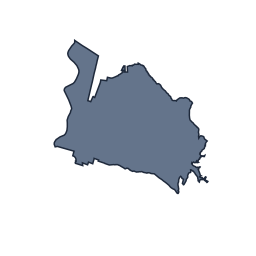 the district of Cuzdrioara, Cluj, Romania, rotated 128°
{"feature_id": "2599482B38314546177556", "entity_name": "Cuzdrioara", "entity_type": "district", "adm_level": 2, "iso_a3": "ROU", "parent_name": "Romania", "parent_adm1": "Cluj", "projection": "orthographic", "projection_center": [23.913, 47.18], "detail": "fine", "context": "isolated", "style": "filled", "palette": "slate", "viewbox_px": 256, "rotation_deg": 128, "n_neighbors": 0, "source": "geoboundaries", "source_scale": "gbopen_adm2", "svg_char_len": 5644}
<svg xmlns="http://www.w3.org/2000/svg" viewBox="0 0 256 256"><g transform="rotate(128 128 128)"><path d="M149.0,48.7L148.8,48.3L148.4,48.2L147.1,48.6L146.8,49.2L146.6,49.2L146.5,49.3L146.5,50.0L145.6,50.1L144.6,50.7L144.0,51.6L143.7,51.7L142.2,53.5L140.9,54.5L139.3,55.0L137.6,56.2L135.4,56.9L134.8,56.9L133.6,56.7L134.0,55.1L134.5,54.4L134.3,53.1L134.2,52.7L138.2,51.0L138.2,50.6L138.6,49.4L138.1,49.1L134.0,49.7L132.8,50.3L132.1,50.5L130.3,50.5L129.6,50.9L128.8,51.7L126.4,52.4L125.6,52.2L124.6,51.4L124.2,51.4L123.2,52.1L122.4,52.9L122.2,52.5L122.0,52.1L122.0,51.7L122.1,51.1L122.1,50.4L121.9,50.3L121.8,49.8L121.9,49.4L122.4,48.0L122.4,47.3L122.9,46.5L123.5,43.8L123.8,42.9L124.3,42.5L125.5,41.0L126.4,40.3L125.9,39.4L126.7,39.0L126.7,38.5L125.1,39.2L124.3,39.2L123.8,38.9L123.2,38.0L122.6,37.3L122.1,38.1L122.0,37.0L122.0,35.5L122.1,35.3L122.1,33.3L122.3,32.3L121.8,32.1L120.9,32.2L121.2,34.0L121.9,35.2L119.9,36.0L118.7,36.2L118.8,36.9L121.5,36.9L121.7,38.0L121.4,39.1L121.4,39.3L122.0,39.6L122.2,39.9L122.3,40.4L122.4,41.5L121.8,41.5L120.7,41.1L120.8,41.4L120.6,42.1L120.0,42.9L118.9,44.6L117.5,47.1L117.1,46.9L116.5,47.3L115.4,47.5L114.9,47.1L114.3,47.2L114.4,47.5L114.9,47.6L115.9,48.6L116.5,48.9L116.3,49.2L116.9,49.6L117.1,50.0L117.1,50.5L116.9,50.8L117.4,52.9L117.5,53.7L117.2,54.9L116.7,55.3L116.7,55.6L116.9,55.9L116.8,56.0L115.8,56.4L115.8,56.2L116.0,56.1L116.1,55.6L114.5,55.4L114.2,54.1L114.2,53.8L113.5,53.6L112.6,52.0L112.0,51.5L111.8,51.4L112.3,53.5L111.5,53.7L111.4,53.7L111.2,52.2L110.8,52.4L109.6,52.9L108.7,52.5L108.6,52.8L107.2,52.7L107.0,53.1L106.9,53.2L106.0,52.8L105.7,52.6L105.5,53.0L105.3,53.1L104.7,52.4L104.1,51.3L103.8,50.6L103.5,50.3L103.4,50.4L103.3,50.7L102.5,50.5L102.3,50.6L102.9,50.8L103.7,51.4L104.8,53.3L104.9,53.8L104.6,54.7L104.2,55.2L104.3,55.5L103.8,55.7L103.8,55.4L103.6,55.4L102.9,55.8L102.4,55.9L101.6,55.9L101.2,55.6L99.7,56.0L97.9,55.4L97.1,55.3L96.1,55.8L95.0,56.0L94.7,56.4L94.3,56.1L93.9,56.6L93.4,56.7L93.3,57.1L92.9,57.3L91.3,57.7L89.5,57.6L89.5,59.6L89.5,60.9L88.9,62.0L88.3,62.8L88.4,63.9L88.8,64.8L89.1,65.5L89.4,65.9L90.4,66.2L92.4,66.0L91.1,67.3L89.4,68.2L88.0,69.9L85.7,71.2L85.3,71.6L85.0,72.1L84.8,72.9L84.9,73.9L84.7,74.0L84.4,78.2L83.9,79.8L83.9,81.5L83.7,82.3L83.6,83.6L83.2,84.4L82.2,85.6L80.2,87.5L77.9,89.2L76.1,90.6L75.1,91.0L72.9,91.4L72.2,91.9L71.7,92.1L70.1,92.4L68.7,92.5L68.1,94.1L68.2,95.1L68.5,95.8L68.5,96.0L67.8,97.1L67.8,97.8L68.0,99.7L68.3,100.7L68.6,101.3L69.2,102.0L70.3,102.6L71.0,104.1L71.6,104.7L72.3,105.6L72.7,105.8L75.7,106.7L76.9,106.5L77.0,107.1L77.3,107.6L77.6,108.1L78.2,108.7L78.8,109.8L78.9,110.3L78.3,111.3L78.2,111.9L78.0,112.1L77.9,112.8L77.3,113.3L77.1,113.7L77.0,115.1L77.1,115.6L77.0,116.0L76.4,117.5L76.5,119.2L75.8,121.4L75.9,122.6L75.7,123.6L75.8,124.1L75.4,125.7L75.5,126.3L74.9,127.2L74.2,128.7L74.1,130.2L74.3,131.2L74.5,131.5L75.4,132.3L75.5,132.6L75.1,134.0L74.7,134.8L74.6,135.1L74.7,136.1L74.3,137.0L74.4,137.5L74.2,137.7L74.1,137.9L74.4,138.3L73.9,138.9L73.6,139.8L73.6,140.9L73.8,141.4L73.5,142.0L73.6,142.4L73.3,142.9L73.5,143.4L73.5,143.6L73.2,144.1L72.8,144.6L72.9,145.3L72.5,145.6L72.2,146.6L72.0,147.0L71.9,147.2L72.1,147.5L71.8,147.9L71.6,148.1L71.7,148.6L71.6,149.1L70.4,150.5L70.3,150.9L70.1,152.2L69.8,152.8L69.7,153.2L69.4,154.0L69.5,154.3L69.8,154.6L69.6,155.1L69.9,155.5L70.2,156.4L70.4,156.9L70.3,157.8L70.6,159.9L71.3,159.5L71.1,159.2L71.3,159.1L71.4,159.4L71.6,159.4L72.6,160.5L73.7,162.2L74.3,162.2L75.3,162.5L75.8,163.2L76.1,163.0L76.3,162.9L76.7,163.6L77.1,164.0L77.8,165.1L79.3,165.9L80.0,166.4L84.2,162.8L85.7,164.7L81.0,168.6L81.6,169.5L82.9,169.1L83.0,169.4L86.6,168.6L86.4,168.3L84.5,166.0L85.8,165.0L87.3,167.0L88.1,166.6L90.8,167.5L92.0,168.1L93.1,168.0L93.3,168.3L93.5,168.5L95.7,169.6L98.1,171.0L99.1,172.0L100.7,175.4L103.8,173.9L103.9,174.0L106.9,179.0L109.2,177.8L124.5,173.0L124.6,173.5L124.6,174.8L124.8,174.9L130.2,173.6L130.9,175.8L131.2,176.5L116.0,183.5L113.7,184.5L105.6,188.4L100.7,190.5L99.0,191.4L96.6,192.4L94.2,193.6L89.4,195.7L90.6,209.6L91.2,214.8L91.8,223.9L93.2,222.8L93.7,222.6L94.5,222.5L98.1,222.8L103.6,222.4L105.2,221.9L106.1,221.5L106.8,220.9L107.7,219.8L108.2,218.9L108.7,217.3L109.1,215.9L109.2,214.8L109.4,211.0L110.3,206.7L111.9,203.5L112.7,202.3L114.1,201.1L116.1,200.2L119.5,199.3L121.1,198.9L124.8,198.4L126.6,198.6L134.2,202.2L135.3,202.3L136.6,202.1L137.8,201.3L142.3,192.1L145.8,186.3L147.3,184.4L147.9,184.1L149.9,183.6L151.3,182.9L155.8,182.1L159.3,180.8L161.3,179.0L164.5,176.5L167.4,174.7L169.9,173.9L171.6,173.7L173.0,173.9L176.9,176.1L180.5,177.2L181.2,177.5L183.7,177.3L185.0,177.0L186.2,176.2L187.7,173.8L186.0,172.3L179.5,156.3L183.9,154.4L183.5,153.0L183.7,151.5L184.1,150.6L184.4,150.1L185.8,148.6L186.2,148.4L186.4,148.9L186.9,148.5L187.9,148.2L188.2,147.6L188.0,147.2L186.2,142.4L185.5,140.5L183.5,142.5L181.9,137.2L179.2,138.1L177.9,133.8L175.0,135.0L173.4,135.6L172.8,136.0L171.3,131.5L172.4,131.1L170.1,124.6L170.2,124.4L168.7,120.0L165.6,116.7L165.1,115.7L164.8,115.4L164.2,115.0L164.1,114.7L163.3,113.7L162.9,112.1L162.6,111.2L162.5,109.7L162.1,107.2L162.0,105.2L161.5,104.7L160.9,104.6L160.4,104.2L159.7,102.8L160.0,100.7L159.7,100.2L159.8,99.5L159.3,97.7L159.2,97.5L158.8,97.3L158.3,96.8L158.0,96.2L158.0,95.7L157.5,94.4L157.3,93.9L156.8,93.6L156.4,92.9L155.6,92.4L155.0,91.4L154.4,90.9L153.8,90.2L153.4,88.4L152.2,86.1L151.9,85.3L151.6,85.3L151.3,85.1L150.6,84.2L150.0,83.3L149.8,82.1L149.5,81.5L147.9,79.1L148.1,73.3L148.0,71.5L147.8,69.6L147.9,67.3L147.8,65.5L147.8,63.3L147.9,61.0L147.9,60.6L148.4,58.3L148.5,57.1L148.2,54.5L147.9,54.0L148.0,52.6L149.0,49.7L148.7,49.6L149.0,48.7Z" fill="#64748b" stroke="#1e293b" stroke-width="1.5"/></g></svg>